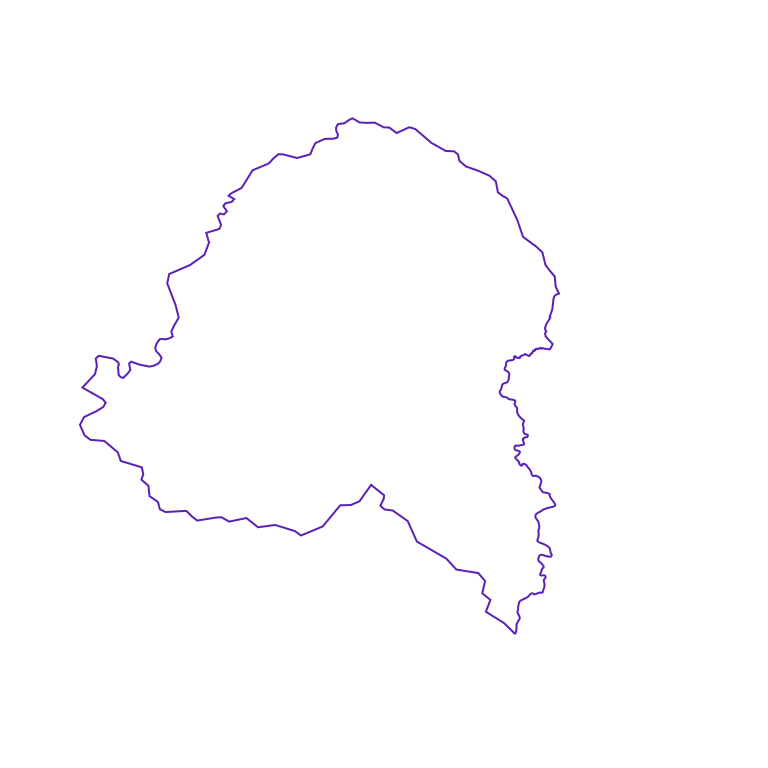 the district of Piedras Coloradas, Paysandú, Uruguay, rotated 305°
{"feature_id": "84410073B64308105297913", "entity_name": "Piedras Coloradas", "entity_type": "district", "adm_level": 2, "iso_a3": "URY", "parent_name": "Uruguay", "parent_adm1": "Paysandú", "projection": "equal_earth", "projection_center": [-57.507, -32.344], "detail": "fine", "context": "isolated", "style": "outline", "palette": "violet", "viewbox_px": 768, "rotation_deg": 305, "n_neighbors": 0, "source": "geoboundaries", "source_scale": "gbopen_adm2", "svg_char_len": 6142}
<svg xmlns="http://www.w3.org/2000/svg" viewBox="0 0 768 768"><g transform="rotate(305 384 384)"><path d="M550.6,194.7L542.0,189.6L535.9,190.5L529.9,191.9L519.3,183.2L514.2,169.6L511.5,165.6L505.1,164.0L498.8,163.2L483.7,153.8L463.0,154.9L453.6,150.0L450.9,148.9L449.0,148.8L449.6,155.3L445.9,154.8L440.9,150.4L437.6,150.3L435.3,156.3L431.1,155.6L429.6,151.9L426.3,151.3L420.9,159.3L416.5,160.1L405.9,151.7L399.5,159.5L386.9,162.8L370.3,156.9L350.9,145.0L342.1,148.7L329.2,167.9L320.7,177.7L310.8,178.6L305.1,179.7L301.7,183.7L297.7,181.6L295.1,179.2L293.7,176.5L292.1,174.6L287.1,174.5L282.6,175.7L280.4,178.1L279.2,183.5L277.9,186.7L274.0,187.7L271.4,187.4L267.3,185.2L263.9,182.1L261.7,177.4L259.7,172.9L257.2,164.0L254.5,163.5L250.0,168.1L245.6,168.0L239.4,166.9L238.6,164.4L239.2,161.5L245.2,156.5L248.3,155.4L249.3,153.5L249.5,147.6L243.5,134.2L239.5,133.3L234.1,138.5L226.4,141.6L208.1,139.0L210.3,162.4L209.1,166.7L204.1,167.2L196.4,163.8L185.0,157.3L176.2,158.3L170.2,168.1L169.9,175.6L176.9,187.5L175.3,205.2L170.0,212.5L176.8,233.4L172.0,238.6L166.5,240.2L165.5,249.4L157.7,256.2L157.7,266.5L152.9,272.2L153.8,278.5L166.7,294.8L165.4,302.4L165.0,309.3L178.9,323.7L181.6,327.3L182.5,336.1L195.3,348.2L194.4,363.0L206.1,375.7L212.4,395.4L212.3,402.9L232.1,415.5L259.5,417.7L265.9,426.3L274.0,431.2L294.0,431.3L292.9,447.9L289.6,449.7L282.3,450.8L281.5,456.3L285.4,463.8L285.3,482.1L273.8,501.3L276.7,535.3L273.5,549.7L283.2,569.7L280.6,579.8L268.9,584.6L268.2,595.0L255.9,598.1L257.0,619.5L255.0,631.7L255.0,632.3L254.5,633.0L254.4,633.7L255.0,634.7L255.5,634.5L257.0,634.2L258.8,633.2L259.9,632.8L260.6,632.3L260.9,631.8L261.6,631.6L262.1,631.0L262.9,630.6L265.4,630.0L268.7,629.9L270.1,629.5L271.7,627.8L272.5,625.7L274.3,623.7L276.3,623.2L278.1,621.8L280.0,621.1L282.5,619.9L284.2,619.9L286.0,620.7L290.8,623.4L292.6,624.0L294.2,624.3L295.0,624.3L296.0,624.5L297.0,624.9L297.6,625.5L297.8,626.1L297.9,627.2L298.2,628.2L299.7,629.3L301.5,630.4L303.1,631.9L303.4,633.0L304.2,633.5L308.3,632.2L310.8,631.3L312.9,629.5L314.4,627.8L315.3,627.3L316.2,627.3L317.1,627.5L318.0,627.4L318.9,626.8L319.2,626.2L319.3,625.4L318.6,624.1L317.2,622.5L317.2,621.9L317.4,621.3L318.0,620.8L319.5,620.8L321.6,620.0L323.6,619.5L325.0,619.9L325.8,619.7L326.2,619.3L327.1,616.9L327.6,614.5L327.7,612.4L328.3,611.3L329.0,610.9L331.2,609.9L332.9,609.8L333.9,610.4L334.7,611.5L336.1,615.5L336.9,617.8L338.4,619.8L340.1,619.6L341.5,617.2L344.4,614.1L344.8,612.8L344.9,609.5L344.4,606.3L343.7,603.7L343.2,601.1L343.5,599.5L344.4,599.1L347.0,598.4L350.4,596.4L351.4,595.3L352.9,594.4L355.4,593.6L357.8,591.6L359.8,589.4L361.2,585.3L362.1,584.1L363.1,583.4L364.7,583.3L367.2,584.2L368.8,585.0L370.0,585.6L372.9,586.6L374.3,587.9L376.1,588.9L377.4,590.2L380.7,593.1L382.4,593.9L383.5,593.3L384.5,591.3L385.5,588.1L386.4,585.7L387.5,583.7L388.8,583.1L388.6,580.7L387.6,578.5L386.7,576.8L386.5,576.0L386.8,574.7L387.4,573.5L388.2,570.8L394.2,568.9L395.0,568.3L395.6,567.6L396.6,565.5L396.6,563.5L395.9,560.7L394.4,559.5L394.1,558.2L394.7,556.7L396.0,555.5L397.0,553.7L397.9,551.4L398.4,549.3L399.3,546.9L398.9,544.2L398.2,543.6L397.4,543.3L397.0,543.4L396.8,543.9L396.3,543.8L395.7,542.6L395.9,541.4L396.4,540.3L396.9,540.2L397.7,538.9L398.4,535.4L398.8,533.9L399.3,533.6L399.9,533.5L400.9,534.0L401.8,534.1L403.3,534.7L405.3,534.7L406.3,534.3L406.6,533.6L406.3,531.9L405.6,530.8L405.3,529.7L405.6,528.7L406.0,528.0L406.5,527.5L407.3,527.0L407.9,527.1L408.8,526.9L409.5,527.6L409.9,528.6L410.5,529.5L411.6,530.4L412.6,531.5L414.7,533.3L415.5,532.9L416.1,532.0L416.7,531.4L417.7,530.0L418.5,529.3L419.0,529.7L420.9,529.8L422.3,531.5L422.8,531.7L423.7,531.6L424.4,531.4L424.8,530.8L423.9,527.7L424.1,526.9L425.1,525.4L426.3,524.6L427.4,524.2L429.0,522.6L430.2,521.1L431.0,520.7L432.4,520.3L433.4,520.2L434.2,519.8L434.4,519.1L434.4,517.9L434.7,515.4L435.2,513.2L436.0,511.1L437.0,509.5L438.1,508.6L439.2,507.8L440.5,507.1L441.6,503.8L442.8,502.2L444.7,501.6L445.5,501.1L445.6,500.4L445.3,499.3L443.8,496.2L443.2,494.5L443.5,493.1L443.3,492.0L442.4,489.9L441.8,488.8L441.7,487.8L441.8,487.1L442.3,486.6L442.4,485.6L442.7,484.7L443.4,483.7L444.0,483.5L444.7,482.9L446.5,483.0L447.9,482.7L450.7,481.4L451.8,481.3L452.8,481.6L455.9,483.8L457.5,484.0L458.9,483.6L461.5,482.2L463.5,481.3L464.7,480.1L465.2,478.1L464.9,475.7L464.8,474.7L465.1,474.4L466.7,473.8L468.8,473.4L471.5,472.0L472.0,471.8L473.2,471.9L474.5,472.6L475.0,472.9L475.8,474.0L476.3,474.3L476.5,474.8L478.1,476.1L479.0,476.2L479.9,476.1L480.2,475.9L480.6,475.1L480.9,474.8L481.9,475.3L482.0,476.0L481.7,477.1L481.7,477.6L481.8,478.0L482.3,479.1L482.8,479.6L482.9,480.0L483.2,480.2L483.6,480.3L484.5,479.8L485.2,479.9L486.1,480.3L486.2,480.7L486.5,480.9L488.7,482.2L488.9,482.4L489.4,482.4L489.5,482.6L489.5,483.6L489.9,484.9L490.0,486.4L490.5,487.1L492.2,486.9L492.7,487.2L492.9,487.2L493.3,487.1L493.6,487.3L494.0,487.3L494.4,487.7L494.6,487.7L494.8,487.4L495.7,487.5L496.5,487.1L496.6,487.4L497.1,487.8L497.4,488.2L497.7,488.1L498.2,488.3L498.4,487.9L498.9,488.0L499.6,488.2L499.7,488.4L499.9,488.4L500.4,488.7L500.5,489.2L500.9,489.6L501.2,490.0L501.5,490.3L501.5,490.5L502.4,490.8L503.2,491.3L503.3,491.6L503.2,491.8L503.3,492.0L503.2,492.5L503.4,492.8L503.7,493.1L504.3,493.3L504.5,493.6L505.1,495.6L505.5,496.3L505.9,496.8L506.2,497.4L507.1,499.5L508.0,500.1L513.5,499.3L515.6,489.3L515.8,489.0L517.4,487.3L518.0,486.9L519.2,486.7L520.2,486.8L520.8,485.2L521.0,484.9L522.2,483.8L526.2,482.6L533.9,482.1L534.0,482.0L534.2,481.0L536.1,480.7L540.9,479.3L542.3,478.7L550.8,474.1L552.2,473.5L553.2,473.4L554.2,473.3L555.4,473.6L556.3,474.0L558.4,475.5L562.4,468.6L570.1,462.1L571.8,455.2L574.2,447.9L582.7,438.2L583.9,429.4L584.2,413.6L594.6,399.4L606.7,378.5L606.2,373.7L606.3,367.4L614.1,359.4L615.1,350.8L612.5,338.0L609.2,326.5L610.0,317.9L614.5,312.9L614.8,308.0L610.3,300.9L608.7,284.6L610.8,263.4L608.9,257.5L596.8,250.4L597.1,241.2L594.1,236.6L592.8,226.5L588.4,220.7L584.3,214.1L583.6,205.9L581.6,204.6L579.4,203.6L577.4,203.0L574.5,201.7L573.0,199.8L570.4,197.2L566.4,197.7L563.9,199.8L562.1,203.1L559.1,204.4L556.2,202.2L550.6,194.7Z" fill="none" stroke="#5b21b6" stroke-width="2"/></g></svg>